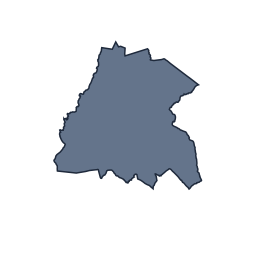 outline of Mutoko, Mashonaland East, Zimbabwe, rotated 151°
{"feature_id": "62879985B11813721132111", "entity_name": "Mutoko", "entity_type": "district", "adm_level": 2, "iso_a3": "ZWE", "parent_name": "Zimbabwe", "parent_adm1": "Mashonaland East", "projection": "robinson", "projection_center": [32.255, -17.423], "detail": "fine", "context": "isolated", "style": "filled", "palette": "slate", "viewbox_px": 256, "rotation_deg": 151, "n_neighbors": 0, "source": "geoboundaries", "source_scale": "gbopen_adm2", "svg_char_len": 5667}
<svg xmlns="http://www.w3.org/2000/svg" viewBox="0 0 256 256"><g transform="rotate(151 128 128)"><path d="M179.7,167.0L180.0,166.5L180.1,164.4L180.4,163.3L180.8,163.1L181.3,163.1L181.6,162.8L182.2,161.3L182.4,160.5L184.1,159.9L184.3,159.0L184.8,158.5L185.5,158.2L185.8,157.5L187.6,158.4L188.2,159.3L188.7,159.3L189.1,157.5L189.0,157.0L189.5,157.0L190.1,156.8L190.9,155.7L191.3,153.9L191.5,153.9L191.7,152.9L191.9,150.8L192.0,150.0L191.9,148.0L191.6,146.5L190.9,144.9L190.9,144.1L192.9,142.4L193.6,142.2L194.0,142.2L195.4,141.2L197.4,140.4L199.0,139.8L203.0,139.2L204.6,138.5L206.6,136.4L207.4,136.2L208.0,135.9L208.5,135.5L208.7,134.6L208.7,133.9L208.2,132.1L208.4,131.1L208.2,129.3L209.1,127.5L209.7,126.6L209.8,126.3L210.4,125.2L210.6,124.6L195.1,113.7L186.1,110.5L182.3,109.5L176.7,107.2L175.9,106.8L174.5,106.4L174.2,106.0L176.2,98.1L176.1,97.2L175.5,96.8L175.1,97.0L174.5,97.6L172.3,98.4L171.5,98.3L171.2,98.1L169.2,99.1L167.4,100.8L166.0,100.8L165.0,100.3L164.7,100.2L163.0,99.3L162.6,98.9L161.9,96.7L162.0,95.3L161.5,93.9L161.6,92.4L161.3,91.8L160.4,91.1L160.2,91.1L160.0,90.4L159.9,90.0L159.5,88.8L158.9,88.3L158.3,87.5L157.9,87.1L157.3,86.0L156.8,85.4L156.9,84.9L156.5,84.5L156.5,83.7L156.2,82.9L156.2,82.2L155.8,81.6L156.1,81.5L156.1,81.3L155.9,81.1L155.6,81.3L155.1,81.0L155.0,80.7L155.0,80.2L154.5,80.0L153.7,80.8L153.2,80.8L152.9,80.7L152.5,81.4L151.6,81.2L151.1,81.5L150.4,80.9L150.2,80.8L149.4,81.8L148.7,81.9L148.4,82.1L147.8,82.0L146.5,82.1L146.7,82.4L146.6,82.6L145.8,83.4L145.8,83.7L145.6,83.8L144.6,83.8L144.4,84.0L144.1,84.1L143.2,83.6L142.8,83.0L144.2,78.7L142.3,76.3L140.9,73.5L140.0,71.3L138.6,69.1L137.1,67.3L136.7,65.8L135.5,62.7L134.9,63.7L134.5,64.2L134.2,64.8L133.8,65.0L133.1,65.1L132.3,65.7L131.4,66.6L128.2,68.0L126.8,72.0L126.8,73.5L126.5,74.6L126.1,74.5L125.5,73.6L125.5,73.4L125.2,73.1L124.8,72.4L124.2,71.8L124.1,71.5L124.0,71.0L123.7,70.8L123.6,70.6L123.3,70.5L123.1,70.5L122.7,70.7L122.4,70.5L122.4,70.8L121.8,70.5L121.0,70.8L120.3,70.8L119.6,71.1L118.6,71.2L115.1,72.0L113.1,72.1L111.7,72.4L110.8,71.4L110.5,70.8L110.0,68.5L109.5,67.2L108.3,63.0L107.8,61.1L107.4,58.2L107.0,56.6L106.5,56.3L106.6,55.3L106.4,54.3L106.6,54.0L105.9,53.1L105.6,51.8L105.3,50.0L105.0,48.8L104.6,47.6L104.2,46.7L104.3,46.2L104.2,45.0L103.0,45.2L102.6,45.5L101.7,45.8L101.4,46.1L100.9,46.3L100.1,46.5L99.3,46.4L98.6,46.7L96.8,46.9L96.5,46.9L96.0,46.5L94.8,46.2L94.6,46.3L94.5,46.5L94.3,46.8L92.2,46.1L90.5,46.4L90.1,46.4L89.8,46.2L89.2,46.4L89.0,46.9L88.8,50.6L88.6,50.6L88.5,50.9L88.2,52.7L87.8,53.9L87.8,54.7L88.3,55.8L88.3,56.5L87.5,57.3L87.2,57.4L86.6,58.9L86.6,59.4L86.4,60.1L86.1,60.9L86.1,62.1L85.4,62.9L84.8,63.8L83.1,67.6L83.0,68.7L82.9,68.8L82.1,71.0L81.2,72.2L81.0,72.9L80.7,74.5L80.4,74.8L79.6,77.2L78.8,78.4L78.6,80.3L77.8,82.6L77.5,83.9L77.6,85.0L78.2,85.9L79.6,87.4L79.7,87.9L79.7,88.6L79.6,89.2L79.6,89.5L79.1,89.8L79.0,90.4L79.0,91.4L78.9,92.2L79.4,93.3L79.4,93.8L79.2,94.8L79.4,96.5L81.5,98.9L82.5,100.3L83.1,100.7L83.7,102.6L84.1,103.2L84.5,103.3L85.0,104.7L87.1,107.5L87.6,108.5L87.7,108.9L87.7,109.4L87.2,110.3L86.1,111.5L85.6,111.7L85.3,111.3L85.0,111.1L84.7,111.6L84.2,111.2L83.9,111.2L83.0,112.3L82.3,112.9L81.4,114.2L81.0,115.0L80.8,115.9L80.7,116.7L80.9,117.3L81.7,118.0L82.1,118.6L82.1,121.6L82.3,122.4L82.6,122.9L82.8,124.3L81.2,125.5L80.8,125.5L80.3,125.1L79.8,125.2L79.2,125.9L78.2,126.3L77.5,126.4L76.9,126.8L76.6,126.6L76.2,127.1L75.7,127.1L75.4,127.3L75.1,127.2L74.3,126.9L73.5,127.3L73.1,127.2L72.8,127.1L72.5,126.7L72.3,126.6L71.8,126.3L71.3,126.4L70.9,126.8L69.5,127.2L69.4,127.4L69.0,127.6L67.6,129.5L66.3,130.3L65.7,130.1L65.1,130.1L64.5,129.7L64.3,129.7L64.0,130.0L62.8,129.9L62.5,130.3L62.4,130.0L61.9,129.9L61.9,129.6L61.7,129.5L61.0,129.2L60.0,129.4L58.9,128.8L58.5,129.2L58.3,129.3L57.9,129.0L57.2,128.9L56.4,128.4L55.0,128.4L54.8,128.6L55.0,128.8L54.9,129.0L54.1,129.0L52.9,129.6L52.5,129.6L50.4,130.9L49.1,131.6L47.2,131.9L45.4,131.6L49.5,141.1L50.9,144.1L59.7,164.0L61.2,167.9L62.1,169.4L62.4,170.4L63.0,171.1L65.5,171.6L72.7,174.5L75.4,176.6L75.3,177.0L74.8,177.2L74.1,178.0L74.0,178.9L74.2,179.4L74.1,179.6L73.7,180.0L73.3,180.3L73.2,181.7L73.6,182.1L73.7,182.8L73.0,183.5L73.0,184.7L72.2,185.9L72.5,187.8L95.6,192.5L95.0,194.3L91.8,199.3L94.8,203.0L96.9,203.6L97.0,209.2L103.6,204.5L112.0,211.0L112.5,210.4L114.2,208.0L114.8,207.6L115.1,207.6L116.5,206.2L117.2,205.9L117.8,205.8L118.4,205.2L119.3,203.8L120.6,202.4L120.9,202.2L121.2,202.4L121.5,202.2L121.6,201.6L121.9,201.1L122.0,200.8L121.9,199.9L122.9,197.9L123.3,197.2L124.2,196.3L125.9,196.2L126.1,196.0L126.6,195.4L126.3,194.9L126.3,194.3L128.0,192.5L129.5,191.7L130.5,192.0L131.4,192.0L131.7,191.6L132.5,191.3L132.8,191.0L133.1,190.1L133.6,189.0L133.9,188.8L134.3,188.9L135.0,188.6L137.5,186.3L139.0,185.2L140.1,184.7L142.0,183.1L142.4,182.4L143.1,181.7L144.8,181.1L146.8,181.5L147.9,180.9L148.3,180.9L148.7,181.0L149.7,180.2L150.3,179.4L150.5,179.3L151.1,179.4L152.2,180.6L153.0,181.2L153.5,181.1L154.3,180.7L154.9,180.0L154.9,179.7L154.5,179.6L154.3,179.5L154.2,179.0L154.3,178.7L154.8,178.3L155.4,177.6L156.5,177.2L157.8,176.1L158.3,176.0L158.5,175.8L159.2,174.6L159.5,174.2L159.5,173.0L160.0,171.5L160.6,171.1L161.3,170.9L161.5,170.9L161.7,171.4L162.7,171.3L163.5,170.9L163.8,169.8L164.1,169.6L165.1,167.9L165.5,167.7L167.3,167.9L168.5,168.9L169.5,168.9L170.4,169.5L170.7,169.5L171.2,169.5L171.7,168.9L172.8,169.1L173.1,169.2L173.6,169.9L174.0,169.9L174.3,169.7L174.6,169.0L174.3,167.7L174.4,167.2L174.7,167.0L175.5,167.0L175.7,166.8L175.9,165.6L176.6,165.0L177.0,165.9L177.6,165.2L177.8,166.1L178.3,166.8L178.6,166.8L178.7,166.5L178.8,166.5L179.3,166.9L179.7,166.9L179.7,167.0Z" fill="#64748b" stroke="#1e293b" stroke-width="1.5"/></g></svg>